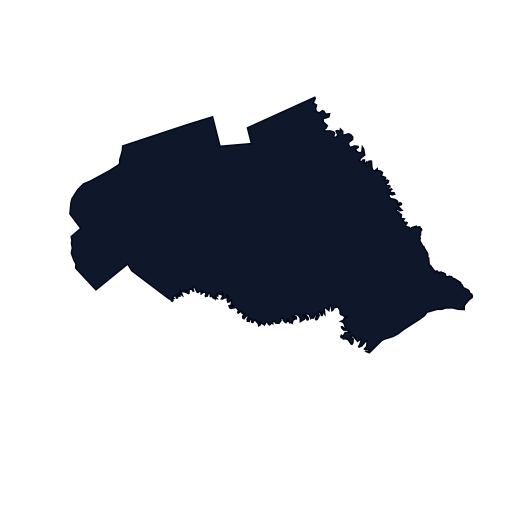 the district of Preah Netr Preah, Bântéay Méanchey, Cambodia, rotated 323°
{"feature_id": "14789045B34870424787449", "entity_name": "Preah Netr Preah", "entity_type": "district", "adm_level": 2, "iso_a3": "KHM", "parent_name": "Cambodia", "parent_adm1": "Bântéay Méanchey", "projection": "natural_earth1", "projection_center": [103.28, 13.553], "detail": "fine", "context": "isolated", "style": "filled", "palette": "ink", "viewbox_px": 512, "rotation_deg": 323, "n_neighbors": 0, "source": "geoboundaries", "source_scale": "gbopen_adm2", "svg_char_len": 6163}
<svg xmlns="http://www.w3.org/2000/svg" viewBox="0 0 512 512"><g transform="rotate(323 256 256)"><path d="M288.3,401.5L305.4,399.2L308.6,399.7L316.9,402.7L322.3,403.6L330.6,403.6L349.1,405.0L354.8,405.0L358.6,403.8L368.6,407.6L372.5,410.5L375.9,411.5L381.6,415.6L385.5,420.3L390.1,424.1L392.2,421.3L393.8,420.5L399.7,419.2L403.6,419.2L404.7,418.3L405.3,416.1L404.2,415.0L405.1,412.3L404.9,410.6L402.3,405.6L402.7,405.5L402.9,403.9L402.5,402.9L403.1,402.8L402.6,401.4L403.3,400.9L403.1,399.5L400.7,393.3L399.5,392.0L399.8,390.2L398.7,389.7L398.6,388.7L395.8,387.6L395.5,385.8L396.3,384.3L395.3,381.9L394.5,381.6L394.3,380.3L393.3,379.6L391.9,380.1L391.7,377.0L390.6,376.4L389.5,376.9L389.6,368.8L389.1,367.1L392.7,361.5L391.9,360.1L393.1,359.6L394.6,357.3L395.2,350.8L395.7,350.0L395.2,348.5L396.0,342.5L398.1,340.3L398.4,338.6L399.9,338.3L402.4,335.3L404.1,334.9L404.4,333.6L404.0,332.6L404.4,331.1L402.1,330.1L401.7,329.5L402.0,328.7L397.9,327.2L395.1,327.0L395.6,325.3L393.3,322.5L394.0,321.5L396.7,320.5L396.4,319.5L394.7,319.0L395.0,316.1L396.8,315.7L394.4,313.1L397.0,310.7L396.8,309.5L395.0,308.9L396.4,307.3L395.3,305.1L395.5,303.4L396.7,302.8L398.3,306.4L400.1,307.4L399.5,302.0L400.4,301.6L403.0,302.4L403.8,301.5L403.0,300.0L401.1,300.3L400.1,299.7L401.7,298.3L401.9,296.6L400.7,294.0L398.1,291.3L398.0,288.9L399.0,287.1L400.2,287.0L401.6,289.2L404.0,290.1L404.3,288.5L401.4,286.0L402.5,284.4L404.6,284.5L404.6,283.9L402.4,283.2L402.5,281.6L403.2,281.0L404.5,281.5L405.0,280.8L405.0,280.1L403.1,278.7L402.8,277.4L403.5,276.5L405.4,277.0L407.1,275.9L406.5,274.3L404.5,273.3L404.3,272.5L406.5,271.7L406.6,271.0L404.3,267.6L407.3,265.4L406.4,262.8L404.3,260.9L405.4,259.3L402.2,259.5L400.9,257.8L402.0,254.8L405.3,249.7L403.5,248.3L402.7,248.6L401.1,251.2L399.8,251.0L399.0,249.7L401.3,248.5L401.3,247.5L398.9,248.1L398.3,247.3L400.4,244.6L399.3,243.7L398.0,244.3L396.6,243.7L395.8,242.1L398.5,240.9L403.6,240.8L406.4,235.3L406.6,232.9L403.4,236.3L402.4,236.6L400.6,235.7L399.5,233.4L399.6,230.5L403.0,230.8L403.5,229.9L400.9,227.4L396.8,226.1L396.5,225.5L397.0,222.7L398.5,221.1L403.3,221.0L404.8,219.2L404.7,216.2L403.5,214.1L398.6,212.2L398.2,211.4L400.3,208.6L399.8,205.4L398.1,207.0L396.6,204.8L395.1,204.4L394.3,208.5L392.0,209.3L390.0,208.5L389.9,207.1L392.6,205.4L392.7,203.6L390.6,200.8L385.9,197.3L387.2,195.9L388.7,196.1L391.4,194.9L390.4,189.4L392.0,187.2L393.6,186.9L394.7,187.8L398.0,188.7L400.4,186.7L397.0,184.6L397.3,181.3L396.5,179.9L392.9,179.9L391.1,177.2L392.3,174.2L395.2,171.8L393.8,168.6L394.1,168.1L398.2,165.8L398.5,164.6L326.3,148.5L320.0,163.5L293.3,146.7L305.1,118.7L280.7,109.9L215.7,87.9L212.7,91.4L204.8,97.4L202.8,100.1L201.0,100.5L190.5,99.7L168.5,96.4L161.6,94.6L153.5,95.8L143.5,99.5L140.0,102.4L132.7,110.4L132.7,128.5L120.1,129.3L118.6,132.5L116.2,134.9L114.1,139.1L110.3,142.5L108.1,149.5L107.4,154.0L104.7,157.1L107.8,186.7L148.7,185.2L147.9,192.9L160.7,237.7L161.9,239.6L161.4,240.7L161.7,241.7L162.8,241.7L163.1,240.2L165.0,240.6L164.7,238.9L165.7,238.5L168.1,239.4L167.2,241.8L167.6,242.2L168.4,242.1L169.8,239.5L170.8,240.5L170.2,240.9L170.3,241.8L171.3,242.3L171.5,240.3L172.4,240.0L173.5,243.2L174.7,238.5L176.2,240.8L178.0,240.3L178.3,241.1L177.5,242.2L178.4,243.2L179.5,241.5L180.2,241.9L179.7,243.6L178.9,244.3L179.4,245.3L180.1,245.4L182.4,242.5L183.3,242.6L184.8,244.4L184.6,246.4L185.1,246.5L186.8,242.5L187.4,242.5L188.2,244.0L187.2,249.5L188.0,250.3L190.5,249.9L191.1,250.4L189.4,253.3L191.0,253.3L191.7,251.6L192.7,252.2L192.4,253.4L194.0,254.7L192.9,256.7L191.6,257.2L191.3,258.0L193.0,258.7L195.3,257.3L196.5,257.3L196.6,258.5L195.2,260.9L196.7,261.8L196.5,264.0L197.8,263.9L197.5,265.8L198.2,265.4L199.2,266.5L199.1,263.8L200.0,263.8L201.4,265.0L202.0,264.2L202.1,262.7L202.7,262.5L204.5,265.3L205.1,265.3L205.4,266.7L207.0,265.3L206.2,267.6L202.5,269.4L203.4,270.2L206.0,270.6L207.6,272.0L208.9,269.8L209.5,270.0L209.7,272.0L206.6,273.7L205.7,275.8L206.6,276.4L209.7,276.2L209.9,276.8L207.4,279.4L208.3,282.0L207.7,282.3L205.8,279.9L204.4,279.5L203.9,281.9L204.6,282.9L209.2,285.1L209.3,289.2L207.6,289.8L207.4,290.9L211.1,291.2L210.5,293.3L211.9,294.7L208.8,296.3L208.1,297.9L208.8,298.9L211.5,298.1L213.0,298.3L213.5,299.1L213.0,300.2L211.0,301.0L209.8,302.9L211.3,304.2L213.8,302.2L214.1,302.5L214.0,304.3L212.7,306.3L213.5,307.2L216.7,305.9L217.1,311.6L216.1,313.3L217.5,313.6L219.0,312.9L218.6,311.2L219.3,310.5L221.2,316.2L224.2,314.9L225.1,315.1L225.5,315.7L224.9,317.8L225.3,319.1L226.6,319.2L227.8,318.4L228.7,320.2L230.0,318.3L231.5,318.9L231.4,321.5L234.0,323.6L237.1,322.6L237.8,321.2L239.9,321.4L240.1,322.1L239.1,323.6L239.4,326.6L239.8,327.3L240.6,326.8L241.9,327.2L242.4,325.6L243.2,325.5L243.6,325.9L242.7,329.7L243.8,329.9L244.4,331.5L247.3,329.3L248.6,329.8L248.9,329.3L248.1,326.9L248.5,326.3L249.9,328.0L250.1,330.5L250.5,330.4L251.4,329.0L250.7,327.4L251.0,326.4L252.7,326.3L253.6,328.1L255.0,328.6L254.1,329.6L254.0,332.0L251.9,335.1L256.7,335.6L257.7,334.8L257.5,331.6L257.9,331.2L259.1,333.1L258.4,337.9L259.5,338.3L260.4,337.0L260.4,333.0L260.9,332.1L261.5,332.2L263.3,334.7L262.2,338.8L264.3,337.8L265.0,338.1L263.7,339.5L264.6,340.2L268.7,338.1L268.9,339.7L265.4,342.5L265.7,343.2L266.8,343.4L270.6,341.6L272.0,338.3L273.0,339.0L273.4,340.2L272.4,342.8L273.0,343.3L274.0,342.7L274.8,340.8L275.4,340.8L275.9,341.0L275.9,343.9L279.1,338.7L280.3,339.0L281.4,343.4L284.9,339.9L286.3,340.1L283.7,345.4L285.0,345.4L287.3,344.3L290.9,346.1L290.3,350.1L288.6,352.5L288.5,353.7L290.0,356.4L290.0,358.3L292.3,359.1L292.2,359.6L288.4,359.1L286.7,360.0L284.4,359.2L285.4,360.8L285.7,363.0L284.3,366.8L283.5,367.4L282.9,367.1L282.3,364.3L281.7,364.0L281.2,364.8L281.4,367.9L283.9,369.8L285.5,373.2L285.1,373.6L281.1,370.8L277.3,372.6L276.5,370.6L275.3,371.3L274.9,372.5L276.0,373.7L275.8,374.8L278.1,376.3L279.2,378.3L279.0,383.6L279.4,384.3L281.0,383.8L283.5,381.0L283.8,380.2L282.8,378.2L283.8,377.1L285.5,378.5L285.7,385.3L289.9,385.3L289.5,386.4L285.5,389.3L283.4,390.1L283.5,390.8L286.6,391.5L291.3,390.3L294.0,390.6L289.9,394.8L286.6,395.5L287.1,397.0L290.0,397.8L290.2,398.5L289.2,399.6L286.6,398.8L288.3,401.5Z" fill="#0f172a" stroke="#020617" stroke-width="1.5"/></g></svg>